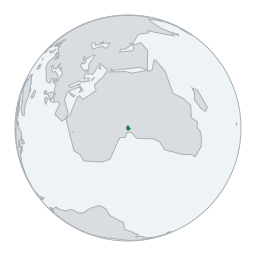 Ouest on an orthographic globe, rotated 303°
{"feature_id": "CMR-798", "entity_name": "Ouest", "entity_type": "Province", "adm_level": 1, "iso_a3": "CMR", "parent_name": "Cameroon", "parent_adm1": "", "projection": "orthographic", "projection_center": [10.725, 5.593], "detail": "fine", "context": "on_globe", "style": "filled", "palette": "green", "viewbox_px": 256, "rotation_deg": 303, "n_neighbors": 0, "source": "natural_earth", "source_scale": "10m", "svg_char_len": 8090}
<svg xmlns="http://www.w3.org/2000/svg" viewBox="0 0 256 256"><g transform="rotate(303 128 128)"><circle cx="128" cy="128" r="113" fill="#eef3f6" stroke="#a8b0b8"/><path d="M93.4,20.8L93.9,20.7L90.7,21.7L89.9,22.0L89.3,22.2L87.5,22.9L88.7,22.5L84.8,24.1L89.5,22.3L87.0,23.4L84.2,24.6L83.5,24.7L79.0,26.6L93.4,20.8ZM66.2,33.8L63.7,35.7L60.7,37.8L57.4,40.5L59.5,39.1L62.9,36.5L66.0,34.8L69.7,32.2L71.5,31.2L75.7,28.8L76.1,29.1L74.3,30.8L70.8,32.9L69.9,33.9L74.1,32.0L68.4,36.5L66.2,40.8L64.7,42.2L60.0,44.1L57.8,43.4L51.7,47.3L56.7,44.9L52.7,49.0L52.5,49.8L53.3,49.8L55.3,48.4L54.1,50.0L48.7,52.7L49.7,51.3L51.4,50.3L50.3,50.2L46.7,52.6L44.9,54.8L41.3,57.2L40.0,59.0L38.5,60.7L40.8,57.7L36.5,63.4L32.0,69.2L26.1,80.1L28.6,75.0L32.6,68.0L37.2,61.4L42.2,55.1L47.6,49.1L53.4,43.6L59.7,38.5L66.2,33.8ZM16.9,109.4L16.9,109.2L16.7,111.6L17.8,107.3L18.9,105.3L17.7,111.8L19.3,106.1L19.3,109.5L22.4,110.4L21.8,111.8L24.2,120.4L28.8,124.9L29.8,130.0L29.1,132.8L31.1,134.1L31.2,136.0L40.9,140.6L47.4,146.3L48.2,153.1L44.7,160.3L46.0,176.2L41.0,180.4L42.7,186.7L44.1,195.2L40.6,193.8L44.8,198.7L45.4,201.1L44.1,200.8L46.5,203.9L45.7,203.7L48.2,206.0L50.8,209.6L54.8,213.2L57.8,216.0L60.5,218.1L60.1,217.8L60.8,218.4L62.2,219.4L61.7,219.1L54.3,213.2L47.5,206.7L45.3,204.5L46.1,205.3L44.8,203.9L38.7,196.6L33.8,189.4L23.3,167.5L21.5,162.9L19.2,157.0L17.5,150.0L16.2,142.1L15.5,134.1L15.4,126.1L15.7,120.9L16.6,112.0L16.7,110.5L16.5,111.8L16.9,109.4ZM24.3,84.1L24.4,83.8L22.8,90.1L22.1,90.2L22.5,89.3L23.3,86.8L24.1,84.5L24.3,84.1ZM27.3,78.1L27.5,77.5L27.3,78.1ZM75.2,28.9L75.4,28.9L74.5,29.3L75.2,28.9ZM76.7,28.0L75.5,28.5L76.1,28.2L76.8,27.8L76.7,28.0ZM78.1,27.4L77.3,27.5L78.3,27.0L82.0,25.3L78.1,27.4ZM97.9,19.5L98.1,19.4L96.9,19.7L97.9,19.5ZM96.4,19.9L98.3,19.4L97.3,19.7L94.4,20.5L96.4,19.9ZM94.8,21.1L94.7,20.9L96.4,20.3L94.8,21.1ZM99.1,19.2L99.4,19.1L100.1,18.9L101.1,18.7L99.1,19.2ZM104.1,18.0L100.4,18.9L100.2,19.3L98.7,19.7L99.3,19.1L104.1,18.0ZM103.6,18.0L101.7,18.5L100.5,18.8L103.6,18.0ZM104.4,17.9L105.3,17.7L104.6,17.9L104.4,17.9ZM107.5,17.3L106.3,17.6L105.5,17.7L107.5,17.3ZM107.9,17.2L109.2,16.9L105.9,17.6L107.6,17.2L107.9,17.2ZM111.3,16.8L107.3,17.6L105.5,17.8L109.6,17.0L111.3,16.8ZM62.3,219.5L62.6,219.7L60.8,218.3L64.9,221.1L65.6,221.7L62.9,219.9L62.3,219.5ZM61.9,218.3L61.8,217.7L62.8,218.3L63.1,218.9L61.9,218.3ZM238.1,104.2L237.6,102.1L239.1,110.3L239.8,114.1L240.4,120.8L239.9,115.5L239.5,113.2L238.3,106.1L235.6,96.0L235.6,98.2L234.3,94.1L230.5,86.3L229.8,89.3L229.5,101.0L231.5,111.7L230.5,116.7L224.3,101.9L220.5,92.0L218.9,93.2L212.0,85.5L201.8,86.1L199.8,83.7L198.0,85.1L193.1,82.9L189.8,79.0L187.1,79.6L195.6,89.9L198.5,89.5L200.1,85.0L202.0,88.9L206.7,92.1L203.5,102.3L187.5,112.5L185.0,104.6L168.3,84.1L168.3,81.8L168.2,81.5L167.9,81.1L167.3,84.9L164.1,81.0L174.0,95.1L176.1,101.5L187.3,113.0L186.4,114.3L189.8,116.6L199.4,112.8L199.6,115.5L195.6,128.5L181.5,146.8L182.9,158.3L181.1,168.3L171.2,175.4L171.0,182.9L165.8,185.8L164.7,190.1L159.9,194.8L152.3,199.4L140.4,199.9L140.5,196.1L135.8,188.8L129.7,170.7L133.6,162.1L132.9,155.5L124.2,141.1L126.2,133.0L123.6,129.6L118.5,130.6L115.5,126.6L112.4,126.6L92.0,129.9L85.3,124.7L76.3,108.8L79.6,102.5L79.4,95.2L101.8,71.0L107.5,72.2L126.1,68.7L128.6,69.5L127.4,74.8L142.1,80.9L145.8,76.3L158.2,79.4L165.8,79.0L166.8,69.0L154.3,69.5L151.2,64.9L160.4,60.5L171.2,60.7L170.3,59.0L162.7,55.3L164.4,52.2L160.0,53.9L162.4,55.6L159.7,56.8L157.3,55.4L158.0,54.3L154.5,53.7L152.2,59.9L154.4,62.2L145.7,63.8L148.5,68.0L146.5,70.1L141.0,63.8L140.9,61.5L131.3,55.4L130.6,57.9L139.6,64.0L137.2,63.6L136.3,67.6L135.0,64.2L125.4,57.5L117.1,59.4L107.9,69.6L102.7,70.7L97.7,69.0L99.7,59.0L111.0,57.8L111.8,54.8L108.4,50.8L112.1,50.9L112.1,49.3L116.2,48.9L120.9,44.9L125.0,44.4L125.7,39.8L127.8,39.1L126.8,41.9L128.2,43.7L138.2,43.1L139.8,42.1L139.4,39.4L142.2,39.8L140.6,37.2L145.8,36.1L138.1,35.5L137.5,32.8L140.0,30.8L138.4,29.9L134.4,33.3L134.0,34.9L135.9,36.3L133.6,41.0L130.5,42.0L127.6,37.0L122.8,38.0L122.7,34.2L133.7,26.5L138.9,25.3L149.8,28.1L149.3,29.5L145.1,29.1L150.0,31.7L149.1,30.4L151.4,30.9L151.4,29.0L153.0,29.3L150.2,27.0L152.3,27.2L154.0,28.6L155.7,26.3L159.6,26.5L159.2,25.9L157.6,25.2L163.6,26.2L163.0,25.7L160.9,25.2L158.3,24.0L156.2,22.4L158.4,22.8L159.4,23.4L164.9,25.6L167.4,27.5L168.1,27.6L166.4,26.0L159.8,23.3L157.9,22.3L161.1,23.4L159.8,22.9L159.5,22.5L161.3,22.7L157.8,21.5L152.0,18.3L154.8,18.7L158.4,19.7L157.3,19.2L165.1,21.7L172.8,24.6L180.2,28.2L187.3,32.3L194.2,36.8L200.6,41.9L206.7,47.4L212.4,53.4L217.6,59.7L222.3,66.5L226.6,73.5L230.3,80.8L233.5,88.4L236.1,96.2L238.1,104.2ZM95.2,83.0L94.9,85.1L95.2,83.0ZM183.5,66.4L189.4,66.6L185.2,60.8L187.1,60.5L185.0,58.8L184.9,60.4L179.4,55.8L181.4,54.1L179.9,51.8L177.8,51.6L175.1,55.6L182.9,62.0L182.2,64.5L183.5,66.4ZM22.5,110.3L22.7,111.7L22.1,111.6L22.5,110.3ZM21.2,92.7L21.2,93.0L21.0,94.1L20.8,94.3L21.2,92.7ZM23.6,94.6L24.0,95.4L23.2,95.6L23.6,94.6ZM22.7,90.9L23.2,94.2L21.6,95.5L21.5,93.6L22.1,93.4L22.7,90.9ZM25.6,81.5L25.4,82.1L24.9,83.2L25.6,81.5ZM27.4,78.2L27.3,78.3L27.7,77.3L27.4,78.2ZM53.0,48.8L53.4,48.6L53.9,49.0L52.9,49.6L53.0,48.8ZM60.6,47.1L58.6,49.8L59.4,48.1L57.6,49.2L57.0,47.3L63.8,42.8L60.8,45.1L60.6,47.1ZM58.0,44.0L57.7,45.4L57.8,44.1L58.0,44.0ZM107.8,42.0L109.6,42.8L108.5,44.6L103.4,46.2L104.8,43.5L107.8,42.0ZM112.3,43.6L110.9,38.7L114.1,37.8L112.6,39.1L114.8,39.0L112.9,41.1L117.3,45.3L116.6,47.3L107.5,48.7L110.8,47.0L108.9,46.2L112.3,43.6ZM101.8,30.9L101.3,29.6L108.8,29.2L108.5,30.5L103.3,31.9L100.7,31.3L101.8,30.9ZM84.9,24.8L84.2,24.9L85.1,24.5L86.4,24.1L84.9,24.8ZM94.6,21.0L88.9,24.0L87.8,24.3L85.8,26.2L82.1,27.6L83.5,26.2L79.2,29.0L79.0,28.3L76.4,30.3L80.0,27.0L79.6,26.8L81.4,26.4L84.8,25.1L86.2,24.4L89.8,22.6L90.7,21.8L94.3,20.6L96.5,20.0L96.8,20.0L94.4,20.7L96.5,20.2L93.3,21.3L94.6,21.0ZM120.5,18.0L117.6,18.0L121.4,18.7L118.2,19.1L118.8,19.2L116.9,19.9L115.6,20.9L114.0,21.1L114.2,21.5L113.0,22.0L112.7,22.7L109.8,23.2L109.2,24.1L108.1,23.9L108.0,25.3L106.8,24.6L105.0,25.5L107.1,25.7L91.9,28.9L86.4,31.4L82.5,34.0L81.0,32.8L83.7,29.8L88.5,26.5L94.0,24.5L92.3,24.5L94.4,23.6L94.9,24.0L95.5,23.0L97.3,22.4L101.6,20.4L101.3,19.7L102.9,19.1L104.0,19.1L104.8,18.6L107.8,18.3L109.0,17.9L113.2,17.5L114.6,18.0L115.8,17.6L119.1,17.4L120.5,18.0ZM112.5,16.7L114.8,16.8L114.2,17.2L107.1,17.9L105.6,18.3L101.1,19.1L102.1,18.6L103.3,18.3L104.7,18.0L103.8,18.3L105.6,17.9L107.3,17.6L109.1,17.3L109.4,17.4L112.5,16.7ZM130.9,67.4L132.7,67.6L135.4,67.2L134.9,69.9L130.9,67.4ZM124.2,62.8L125.8,62.4L126.4,65.7L124.5,65.7L124.2,62.8ZM126.1,59.6L125.8,62.1L124.8,60.7L126.1,59.6ZM128.2,41.5L129.8,41.1L130.2,41.7L129.5,42.7L128.2,41.5ZM130.9,21.3L129.3,21.0L129.6,20.8L127.9,19.7L130.1,19.5L132.1,20.0L130.9,21.3ZM165.0,70.8L163.1,72.8L161.8,71.9L162.7,71.4L165.0,70.8ZM148.5,71.3L152.6,72.4L148.4,72.0L148.5,71.3ZM133.0,20.9L132.0,20.4L133.7,20.6L133.0,20.9ZM131.7,19.3L133.6,19.4L130.2,19.3L131.7,19.3ZM191.3,215.9L190.8,217.1L189.7,217.3L191.3,215.9ZM197.5,165.6L188.6,183.3L184.1,183.7L184.1,178.7L188.0,168.1L193.6,164.7L196.5,159.8L197.5,165.6ZM240.6,131.3L239.6,118.3L240.0,118.4L240.5,123.2L240.6,131.3ZM231.9,112.7L233.8,118.9L233.0,120.1L231.9,112.7ZM150.6,20.5L150.6,22.1L152.0,23.5L155.1,24.7L150.7,23.9L148.5,21.7L150.6,20.5ZM151.6,18.4L148.8,17.8L150.0,17.9L150.8,18.1L151.6,18.4ZM149.9,18.2L146.6,17.8L145.1,17.3L148.0,17.7L149.9,18.2ZM139.9,18.7L139.7,19.1L138.3,18.9L139.9,18.7Z" fill="#d9dde1" stroke="#a8b0b8" stroke-width="1"/><path d="M128.7,126.7L128.8,126.7L129.1,126.7L129.1,126.8L129.1,127.0L129.1,127.3L129.1,127.5L129.0,127.8L128.9,127.8L129.0,127.8L128.9,127.9L128.9,128.0L129.0,128.1L128.9,128.2L128.9,128.3L128.8,128.5L128.7,128.5L128.7,128.8L128.5,129.0L128.4,129.2L128.4,129.3L128.3,129.2L128.2,129.2L127.8,129.4L127.7,129.4L127.4,129.3L127.4,129.2L127.2,129.0L126.9,129.2L126.9,129.3L126.8,129.2L126.7,129.2L126.6,128.9L126.6,128.7L126.4,128.6L126.4,128.4L126.5,128.2L126.7,127.9L126.8,127.8L126.8,127.7L127.0,127.6L127.6,127.5L127.8,127.5L127.8,127.4L127.9,127.2L128.0,127.1L128.3,127.1L128.5,127.1L128.6,126.9L128.6,126.7L128.7,126.7Z" fill="#22c55e" stroke="#15803d" stroke-width="1.5"/></g></svg>